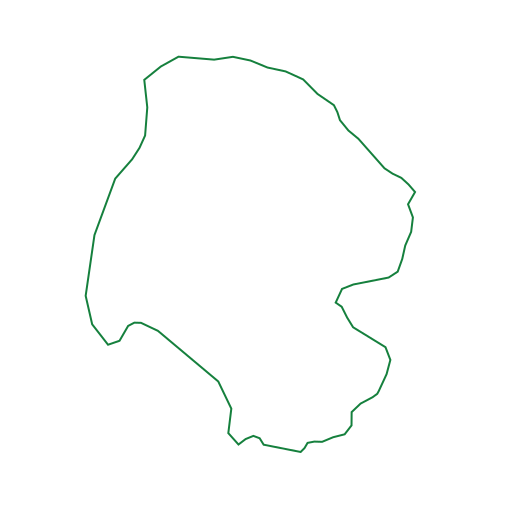 Gümüshane, Mercator projection, rotated 198°
{"feature_id": "TUR-3031", "entity_name": "Gümüshane", "entity_type": "Province", "adm_level": 1, "iso_a3": "TUR", "parent_name": "Turkey", "parent_adm1": "", "projection": "mercator", "projection_center": [39.258, 40.339], "detail": "fine", "context": "isolated", "style": "outline", "palette": "green", "viewbox_px": 512, "rotation_deg": 198, "n_neighbors": 0, "source": "natural_earth", "source_scale": "10m", "svg_char_len": 1015}
<svg xmlns="http://www.w3.org/2000/svg" viewBox="0 0 512 512"><g transform="rotate(198 256 256)"><path d="M405.7,165.5L416.1,226.0L413.8,286.1L403.7,309.7L400.2,322.9L398.7,336.3L405.3,363.7L416.7,389.0L405.0,406.9L391.3,421.6L356.5,429.8L339.5,438.3L321.7,440.2L303.3,438.8L284.9,440.7L265.7,438.5L247.5,429.1L228.5,423.5L223.1,418.0L218.1,411.1L206.9,403.9L194.8,399.1L160.9,379.1L151.5,376.5L141.9,375.2L133.1,371.2L124.5,366.0L127.4,352.2L118.7,341.2L115.9,326.9L117.3,312.1L116.0,298.4L116.4,284.9L123.2,276.5L154.6,259.0L164.0,251.3L165.8,236.3L158.8,234.2L150.3,225.6L141.6,218.2L104.7,209.3L96.1,198.7L95.3,184.0L97.5,165.6L98.1,162.4L101.5,157.7L110.9,148.0L116.8,137.1L112.8,124.4L116.6,113.8L126.6,107.5L135.7,99.7L143.2,97.5L149.2,94.2L150.5,88.3L153.0,83.4L190.4,78.9L196.2,83.8L202.9,84.1L209.3,78.7L214.4,71.3L227.6,79.0L232.3,103.2L253.1,125.0L326.1,154.5L344.7,156.9L351.1,155.0L356.0,150.0L359.6,133.2L369.3,125.9L390.7,140.4L405.7,165.5Z" fill="none" stroke="#15803d" stroke-width="2"/></g></svg>